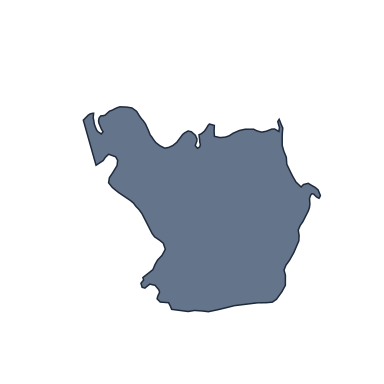 outline of Sarikei, Sarawak, Malaysia, rotated 34°
{"feature_id": "92858781B34394756888936", "entity_name": "Sarikei", "entity_type": "district", "adm_level": 2, "iso_a3": "MYS", "parent_name": "Malaysia", "parent_adm1": "Sarawak", "projection": "mercator", "projection_center": [111.411, 2.079], "detail": "fine", "context": "isolated", "style": "filled", "palette": "slate", "viewbox_px": 384, "rotation_deg": 34, "n_neighbors": 0, "source": "geoboundaries", "source_scale": "gbopen_adm2", "svg_char_len": 2381}
<svg xmlns="http://www.w3.org/2000/svg" viewBox="0 0 384 384"><g transform="rotate(34 192 192)"><path d="M240.7,300.7L255.7,293.2L260.3,288.8L267.0,284.9L272.5,282.1L279.4,275.0L285.7,268.1L290.7,262.5L308.2,247.3L315.4,242.3L320.2,238.4L320.8,236.9L322.0,233.8L322.3,224.5L321.6,217.2L316.1,208.9L311.9,205.2L310.8,200.1L311.0,193.9L310.3,185.4L307.9,172.8L305.2,168.3L301.4,164.2L300.4,159.2L300.5,154.6L299.0,142.7L298.1,139.3L296.5,136.1L293.0,131.6L292.1,127.9L292.5,126.3L294.0,125.7L298.0,126.5L300.8,126.2L300.8,124.9L300.4,123.1L295.3,119.7L291.4,119.3L286.5,119.7L283.5,119.8L280.2,123.5L279.7,126.8L272.6,125.6L266.9,122.8L263.1,120.7L255.1,116.0L250.7,110.4L245.5,107.0L240.7,102.9L237.6,98.3L236.5,96.7L234.0,92.7L232.6,90.2L231.5,88.2L227.4,85.6L225.0,83.9L223.6,83.0L223.7,85.6L225.9,87.6L228.4,89.6L230.2,93.2L225.2,93.6L223.0,95.2L219.6,100.1L216.2,103.5L211.5,105.0L207.9,105.5L200.9,110.3L196.9,114.5L193.2,120.3L191.4,124.6L188.9,127.9L184.8,131.2L179.5,133.3L177.4,130.7L175.8,128.4L173.3,124.3L168.4,125.9L168.1,128.2L168.3,130.5L168.3,132.4L168.3,134.6L167.1,138.6L165.8,140.6L167.0,142.1L169.3,144.6L170.6,146.4L172.4,148.0L173.2,150.2L172.1,152.7L168.7,151.7L168.1,149.3L167.6,147.1L166.5,145.3L163.1,143.1L157.8,142.4L154.6,143.6L152.8,147.2L152.1,149.5L151.6,159.4L150.2,164.0L147.9,167.9L144.9,170.9L139.6,171.6L134.6,171.3L131.6,170.4L127.7,168.8L125.4,168.1L121.5,165.4L115.5,161.7L112.0,160.3L109.2,159.6L106.0,158.4L101.0,156.1L95.2,155.9L90.6,158.0L88.3,159.4L84.6,161.7L83.0,163.7L81.4,166.3L80.2,168.6L78.4,171.1L77.7,173.9L77.0,176.9L75.6,178.5L73.8,179.9L73.6,182.6L74.7,185.2L76.1,186.8L78.8,188.6L81.6,190.5L84.6,191.8L84.4,194.6L80.0,194.6L78.2,193.9L75.4,192.1L72.9,190.2L70.6,187.7L68.5,185.6L66.4,181.7L65.3,182.6L63.9,184.2L63.0,186.3L61.7,193.2L97.5,223.5L100.8,215.6L100.8,211.6L101.8,207.3L109.0,205.5L112.6,207.3L115.1,212.0L115.5,220.2L115.5,226.3L117.7,231.0L123.4,232.8L131.3,233.5L136.4,233.5L145.4,233.5L149.7,233.9L153.7,235.3L157.6,236.1L162.6,237.9L174.2,244.3L182.1,248.7L186.0,250.1L192.2,250.1L196.8,250.5L201.9,254.4L202.6,261.3L201.5,267.7L201.9,272.8L203.0,278.2L199.1,290.4L201.1,292.0L200.7,296.2L203.9,298.9L206.7,298.0L207.4,295.5L208.5,292.0L213.6,290.0L219.1,291.6L221.2,293.2L221.9,297.6L222.8,300.1L227.2,301.0L234.5,296.9L238.2,298.9L240.7,300.7Z" fill="#64748b" stroke="#1e293b" stroke-width="1.5"/></g></svg>